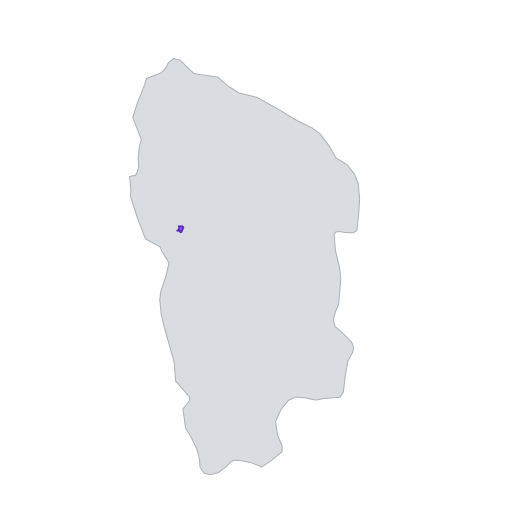 Tsholingkhor, Chirang, Bhutan (highlighted), rotated 80°
{"feature_id": "84629894B5121542425285", "entity_name": "Tsholingkhor", "entity_type": "district", "adm_level": 2, "iso_a3": "BTN", "parent_name": "Bhutan", "parent_adm1": "Chirang", "projection": "mercator", "projection_center": [90.093, 27.012], "detail": "fine", "context": "in_parent", "style": "filled", "palette": "violet", "viewbox_px": 512, "rotation_deg": 80, "n_neighbors": 0, "source": "geoboundaries", "source_scale": "gbopen_adm2", "svg_char_len": 2641}
<svg xmlns="http://www.w3.org/2000/svg" viewBox="0 0 512 512"><g transform="rotate(80 256 256)"><path d="M408.4,220.7L407.7,223.9L404.1,232.4L401.8,241.6L403.8,249.2L411.7,258.2L422.3,265.4L435.8,265.9L448.2,263.2L453.2,264.3L460.0,276.3L464.8,286.8L458.3,297.5L454.7,306.9L453.4,313.5L454.2,316.4L458.2,321.8L462.9,331.0L463.5,339.5L460.6,345.1L454.2,347.8L447.3,347.0L441.7,347.1L434.7,348.1L423.6,351.2L413.4,355.2L394.1,354.5L386.4,346.2L382.8,346.1L365.3,356.9L346.2,355.0L311.5,358.6L297.0,359.5L282.1,358.3L274.6,356.0L260.6,348.4L247.9,342.9L234.9,347.9L230.4,348.9L220.0,361.9L197.6,366.2L175.2,369.3L168.6,367.6L156.0,366.8L155.5,363.8L155.9,360.8L153.0,358.5L147.9,356.1L139.1,355.0L127.8,351.8L121.3,348.7L98.3,353.3L84.9,346.4L69.7,337.0L62.1,332.9L59.3,318.3L56.6,313.6L50.6,308.7L47.2,302.9L49.9,296.9L65.1,285.8L66.3,283.2L73.3,262.4L83.0,254.8L92.6,244.3L99.9,227.5L113.9,210.3L129.3,192.7L139.8,178.3L146.9,171.6L161.3,164.4L173.4,160.1L181.8,150.5L191.9,145.1L202.3,142.7L217.7,144.0L232.2,147.5L248.2,152.2L250.0,156.1L248.6,163.0L246.4,169.9L246.3,173.5L248.7,175.4L264.3,176.8L283.3,175.7L294.0,176.6L317.9,183.0L324.8,187.5L332.1,191.0L339.2,190.4L348.2,183.0L357.7,176.7L363.6,175.7L367.8,177.7L375.4,183.7L391.1,189.4L405.1,193.6L409.7,197.6L408.1,214.9L408.4,220.7Z" fill="#d9dde1" stroke="#a8b0b8" stroke-width="1"/><path d="M216.6,323.2L216.6,323.3L216.6,323.5L216.4,323.6L216.1,323.7L215.8,323.5L215.8,323.4L215.7,323.3L215.7,323.2L215.4,322.9L215.2,322.8L215.2,322.7L215.0,322.8L214.9,322.8L214.9,323.0L214.7,323.1L214.4,323.0L214.2,323.0L213.9,323.2L213.8,323.4L213.8,323.7L213.7,323.8L213.7,324.0L213.6,324.4L213.6,324.5L213.5,324.8L213.5,325.0L213.6,325.3L213.6,325.5L213.6,325.9L213.6,326.0L213.5,326.3L213.4,326.4L213.3,326.5L213.2,326.8L213.2,327.0L213.3,327.0L213.5,327.0L213.9,327.0L214.1,327.0L214.3,326.9L214.6,326.8L214.7,326.7L214.9,326.8L215.1,326.8L215.3,326.9L215.4,327.0L215.5,327.0L215.8,327.2L215.9,327.3L216.0,327.3L216.2,327.5L216.4,327.6L216.5,327.9L216.7,328.0L216.8,328.3L216.9,328.5L217.1,328.8L217.3,329.1L217.4,328.9L217.6,328.9L217.7,328.7L217.6,328.4L217.6,328.1L217.5,327.8L217.5,327.6L217.5,327.4L217.5,327.2L217.6,327.3L217.7,327.2L217.8,327.2L218.0,327.2L218.3,327.0L218.7,327.0L218.8,327.0L218.9,326.9L219.0,326.8L219.1,326.7L219.1,326.4L219.3,326.2L219.4,325.9L219.5,325.9L219.7,325.7L219.6,325.4L219.4,325.2L219.2,325.0L218.9,325.0L218.8,324.9L218.6,324.9L218.4,324.8L218.4,324.7L218.2,324.7L217.9,324.4L217.8,324.2L217.7,324.2L217.4,324.0L217.2,323.9L217.1,323.7L217.1,323.4L216.8,323.2L216.7,323.2L216.6,323.2Z" fill="#8b5cf6" stroke="#5b21b6" stroke-width="1.5"/></g></svg>